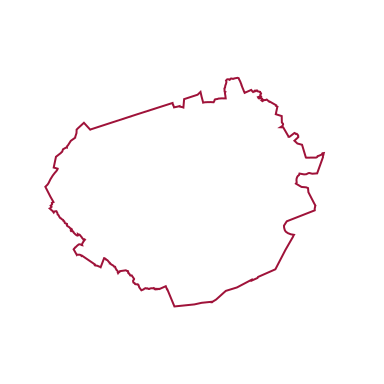 San José Iturbide, Guanajuato, Mexico (orthographic projection), rotated 335°
{"feature_id": "50627088B9670324161736", "entity_name": "San José Iturbide", "entity_type": "district", "adm_level": 2, "iso_a3": "MEX", "parent_name": "Mexico", "parent_adm1": "Guanajuato", "projection": "orthographic", "projection_center": [-100.403, 21.001], "detail": "fine", "context": "isolated", "style": "outline", "palette": "rose", "viewbox_px": 384, "rotation_deg": 335, "n_neighbors": 0, "source": "geoboundaries", "source_scale": "gbopen_adm2", "svg_char_len": 5766}
<svg xmlns="http://www.w3.org/2000/svg" viewBox="0 0 384 384"><g transform="rotate(335 192 192)"><path d="M123.3,83.6L115.7,86.0L113.8,86.7L112.2,89.8L109.4,92.8L109.1,93.4L103.8,94.4L99.1,97.4L98.6,97.5L98.1,97.8L97.6,98.4L97.4,98.9L97.1,98.7L96.5,98.5L93.1,98.8L91.6,100.4L91.2,100.7L90.4,100.8L89.7,101.2L83.6,102.6L77.0,111.4L80.1,114.1L79.7,114.6L79.0,115.1L77.8,115.8L75.7,116.7L72.8,118.2L69.1,120.6L65.9,123.2L64.3,124.2L61.3,125.3L61.7,136.4L62.2,142.6L60.4,142.6L60.2,143.5L60.0,144.0L58.9,144.5L58.1,144.7L58.4,146.1L57.7,146.3L57.0,146.8L56.1,146.8L57.0,149.1L57.5,150.0L58.0,152.2L59.0,151.5L59.7,151.7L60.6,151.9L61.0,152.1L61.0,152.5L61.1,154.3L60.7,155.6L61.2,156.4L61.3,158.6L61.6,160.0L62.0,160.3L62.5,161.6L63.4,162.9L63.2,163.7L63.8,164.4L63.9,164.8L63.6,166.0L63.7,166.5L64.6,167.4L64.7,167.7L65.1,168.0L64.8,168.4L64.9,169.0L64.5,169.4L64.6,170.2L65.3,171.1L65.6,171.5L66.2,172.9L66.2,173.4L66.3,173.7L66.5,173.9L66.8,174.0L67.0,174.3L67.3,174.8L67.2,175.8L67.1,176.0L66.6,176.1L66.1,175.6L65.9,175.6L65.8,175.9L65.9,176.4L66.9,176.8L67.6,177.5L67.7,177.9L67.5,178.2L67.7,179.2L68.6,181.5L69.0,182.2L69.5,182.9L70.0,183.2L70.7,183.1L70.7,182.4L70.8,182.1L70.9,182.3L71.1,182.4L72.0,183.1L72.4,184.1L72.5,184.9L72.9,186.2L73.0,187.2L73.4,188.6L73.5,188.7L74.0,189.2L74.6,189.4L74.8,190.0L73.3,190.3L73.1,190.9L72.6,191.0L72.1,191.5L71.1,192.1L70.1,193.0L70.0,193.8L69.5,193.4L69.1,192.7L68.6,192.3L67.6,191.7L67.0,191.7L65.3,192.1L62.8,193.0L62.5,192.9L61.9,193.3L61.1,193.6L60.5,193.9L61.0,200.4L61.5,200.2L62.6,200.9L63.1,201.1L63.6,201.3L64.3,201.9L64.6,202.3L64.8,203.3L65.4,203.2L73.2,216.3L72.9,216.4L72.9,217.0L73.0,217.2L73.1,217.6L73.9,218.1L75.0,218.8L76.4,220.4L76.9,220.8L77.4,221.6L84.4,214.8L84.9,215.2L85.2,216.0L85.5,216.2L85.5,216.9L85.6,217.1L86.4,217.9L86.7,218.6L87.0,220.1L87.4,220.9L87.4,221.2L87.6,221.5L87.6,221.9L87.4,222.1L87.8,222.4L88.1,223.4L89.4,225.2L89.8,226.1L89.9,226.8L90.7,227.3L90.7,227.9L90.5,228.6L90.5,229.2L90.7,230.3L90.6,230.6L91.1,231.8L91.2,232.5L90.9,233.2L90.7,233.4L90.7,234.3L91.2,234.0L92.3,233.9L93.0,233.6L93.3,233.3L98.9,235.0L99.5,235.7L99.6,236.0L100.3,236.4L100.6,236.8L100.5,237.0L100.1,237.9L100.0,238.5L100.5,239.0L100.4,239.4L100.4,239.7L100.8,240.3L100.7,241.1L100.8,241.6L101.5,242.0L102.1,242.1L102.8,246.3L102.5,246.7L101.3,247.3L101.1,247.6L100.9,248.2L100.7,248.5L100.7,249.4L100.7,249.5L101.5,250.4L101.5,251.4L101.7,251.6L103.0,252.4L103.5,252.5L103.9,252.9L103.9,253.1L104.0,253.1L104.2,253.7L103.9,256.2L104.6,259.7L107.1,259.8L107.8,259.5L108.7,259.5L108.8,259.6L109.2,259.7L109.3,259.6L109.5,259.7L109.9,260.2L110.2,260.3L110.6,260.3L110.8,260.6L111.3,260.9L111.5,261.4L112.6,261.9L113.2,261.7L114.6,262.1L115.7,262.7L116.5,262.8L116.5,263.0L117.3,263.5L117.2,264.1L117.1,264.3L117.4,264.5L117.9,264.9L118.5,264.7L118.9,264.8L118.9,265.2L119.0,265.3L119.4,265.0L120.8,265.9L121.2,265.8L121.5,266.2L122.0,266.2L122.9,266.2L128.4,266.3L128.2,269.7L128.5,269.8L127.7,288.3L146.7,294.9L153.9,296.5L163.4,299.8L163.2,300.2L163.8,300.4L164.4,300.1L168.3,299.7L177.8,296.8L179.9,296.2L180.8,295.9L192.4,297.5L209.0,296.7L208.6,297.5L215.0,297.6L216.0,296.9L234.9,297.3L252.3,283.9L264.7,275.2L265.4,274.5L266.3,273.9L263.7,272.1L261.5,269.8L260.2,267.5L260.0,265.7L260.4,263.3L261.1,261.4L265.5,258.6L295.5,260.5L296.3,258.7L297.3,257.5L297.6,256.8L298.1,256.5L297.9,253.7L297.4,241.4L298.8,237.5L297.4,236.0L293.4,233.7L289.7,228.3L290.9,227.6L291.6,225.6L292.3,224.3L293.5,223.0L294.7,222.2L296.1,221.9L297.2,220.7L301.0,223.4L303.1,224.2L305.5,224.1L306.6,224.5L307.5,225.3L308.8,226.3L313.3,228.0L325.4,215.8L325.5,215.3L327.1,213.5L327.2,213.2L327.9,212.4L326.6,212.0L325.3,212.9L322.5,212.8L321.0,212.6L320.5,213.1L319.5,213.3L318.7,213.1L309.9,209.1L309.8,208.7L311.7,195.7L308.0,192.6L306.5,188.8L311.5,187.2L311.7,186.4L312.0,186.2L312.0,185.8L311.9,185.0L312.0,184.7L311.8,184.3L311.5,183.5L310.7,183.4L310.5,183.1L310.3,182.4L309.8,181.8L304.0,183.1L303.3,183.1L303.1,182.8L302.8,182.7L302.9,182.2L302.0,172.0L299.5,170.7L301.8,170.4L303.1,169.3L303.3,168.5L302.8,167.0L305.4,161.1L300.8,156.9L305.0,151.3L305.5,150.8L304.5,149.4L304.9,148.9L300.6,142.8L300.2,142.9L298.8,139.8L297.5,139.7L296.3,139.2L295.3,139.3L294.9,139.3L294.2,139.4L293.9,138.7L294.1,138.8L294.5,138.8L294.9,138.4L294.7,138.3L294.5,137.8L295.0,137.3L295.0,137.0L294.8,136.7L294.3,136.1L293.5,135.6L292.0,135.2L291.9,133.9L293.7,134.1L294.2,134.3L294.2,134.5L294.4,134.7L294.8,134.8L295.0,134.7L294.8,133.9L294.7,133.6L294.7,133.2L294.8,132.9L296.2,132.0L296.2,131.5L296.1,130.9L295.8,130.5L296.0,130.0L293.9,128.4L294.0,127.6L293.5,127.3L292.8,127.1L292.7,127.1L292.8,127.4L291.5,127.4L291.5,126.8L289.6,127.2L289.2,126.1L288.8,124.5L281.6,124.4L281.6,123.8L281.9,123.4L281.6,122.8L281.8,120.5L281.8,119.5L281.9,118.0L281.9,117.4L282.0,117.2L282.0,115.8L282.2,115.6L282.3,113.4L282.4,112.4L282.3,109.4L282.4,108.6L281.6,107.8L278.2,106.9L277.9,107.0L277.1,106.7L276.9,106.8L276.4,106.4L276.0,106.0L275.4,105.7L274.9,105.6L274.6,105.7L274.3,106.1L273.9,106.2L273.4,106.2L273.3,105.8L272.4,105.1L271.6,104.8L271.2,104.8L269.9,105.4L269.9,106.0L269.6,107.0L268.1,108.8L267.3,109.4L267.2,109.7L266.4,110.7L266.1,111.3L265.9,111.3L265.1,111.9L265.0,112.3L264.7,113.0L264.0,114.8L264.5,115.4L264.2,115.6L264.0,115.9L263.6,116.4L263.0,118.6L262.1,121.4L259.9,120.4L258.8,119.8L255.4,118.5L254.6,118.5L252.1,117.8L251.8,117.9L251.6,118.0L250.5,119.1L249.5,119.8L246.7,118.3L242.6,116.5L240.2,115.7L239.9,115.7L241.0,109.5L242.0,104.9L238.5,106.1L238.2,106.2L224.1,104.5L219.9,111.8L219.1,111.0L216.4,109.0L216.6,108.8L214.4,108.4L211.5,107.7L211.7,106.7L211.6,106.1L211.8,105.0L211.6,104.8L212.0,103.1L175.2,98.4L127.0,92.5L126.1,92.5L123.3,83.6Z" fill="none" stroke="#9f1239" stroke-width="2"/></g></svg>